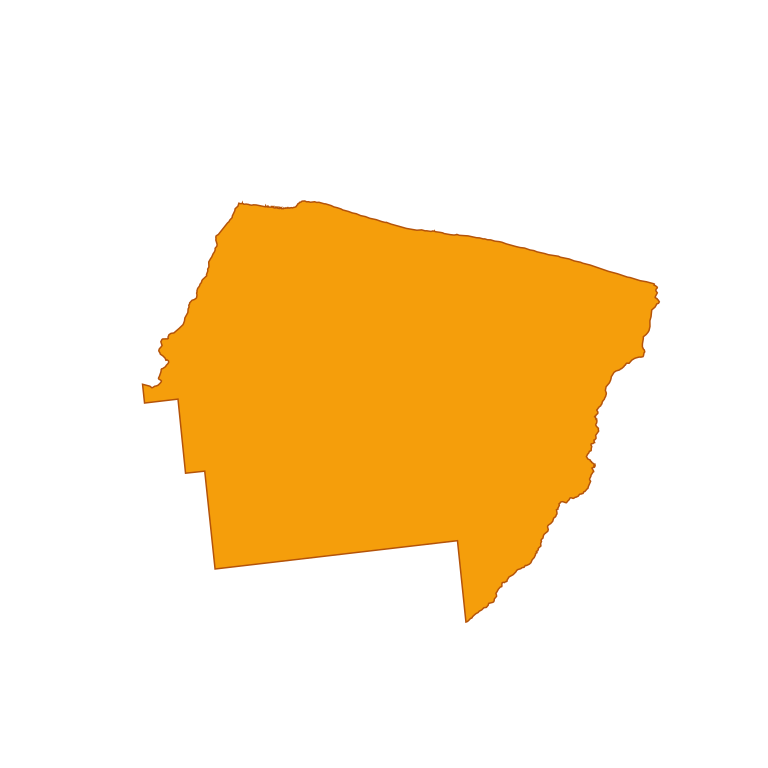 the district of General Alvarado, Buenos Aires, Argentina, rotated 220°
{"feature_id": "61730980B74641240637534", "entity_name": "General Alvarado", "entity_type": "district", "adm_level": 2, "iso_a3": "ARG", "parent_name": "Argentina", "parent_adm1": "Buenos Aires", "projection": "mercator", "projection_center": [-57.985, -38.201], "detail": "fine", "context": "isolated", "style": "filled", "palette": "amber", "viewbox_px": 768, "rotation_deg": 220, "n_neighbors": 0, "source": "geoboundaries", "source_scale": "gbopen_adm2", "svg_char_len": 6171}
<svg xmlns="http://www.w3.org/2000/svg" viewBox="0 0 768 768"><g transform="rotate(220 384 384)"><path d="M394.5,133.7L227.0,311.2L168.2,254.3L167.5,255.5L167.2,256.8L167.0,260.2L166.4,260.9L166.3,261.7L166.6,262.5L166.4,264.6L166.0,267.1L165.0,269.5L165.0,271.5L164.6,272.0L163.9,274.0L163.7,276.7L162.0,278.7L162.0,281.5L162.8,283.2L160.3,286.7L160.0,287.7L160.3,288.7L161.3,290.3L161.3,293.7L162.2,294.6L163.7,295.6L163.9,297.5L164.5,300.4L164.4,303.3L163.6,304.4L163.8,305.0L165.0,306.3L165.7,307.7L165.2,308.7L164.0,309.4L163.9,310.7L163.2,311.3L163.0,311.9L163.7,313.1L164.2,316.5L162.5,321.0L162.2,325.0L162.5,326.2L162.3,327.7L160.5,330.5L160.2,332.0L158.9,333.6L159.1,335.8L158.2,336.5L156.9,339.3L156.6,341.5L157.5,344.6L157.4,347.7L158.2,350.6L158.8,351.3L158.7,352.5L158.4,353.1L159.6,353.7L159.1,355.1L159.4,356.4L160.0,356.9L160.1,357.9L159.7,360.8L161.5,362.5L162.2,364.7L163.1,365.1L163.5,366.0L163.2,368.1L164.5,370.5L164.7,372.0L163.9,376.5L164.6,378.1L166.9,379.7L167.4,380.7L167.3,382.0L166.6,384.3L166.5,387.2L167.7,390.0L167.7,391.2L167.3,392.3L167.4,393.3L167.9,394.4L167.9,395.3L168.4,396.2L171.1,398.6L170.3,400.1L171.0,400.6L171.6,403.6L172.9,404.7L172.6,405.9L172.8,406.9L172.3,407.9L171.4,408.8L168.7,409.8L167.9,410.4L168.0,412.5L167.8,414.1L168.2,416.3L167.6,417.1L165.6,417.9L165.0,419.0L164.8,420.0L164.1,420.8L163.1,423.0L163.3,424.6L163.1,425.6L162.1,426.6L162.0,427.3L161.5,427.6L161.2,428.1L161.6,430.0L161.0,430.9L161.0,434.0L160.7,435.1L161.5,436.7L163.2,442.3L164.8,442.8L165.5,443.4L166.2,446.3L166.8,447.2L167.3,451.0L167.0,451.6L167.4,452.0L170.6,453.2L170.1,454.6L169.5,455.1L169.3,455.6L169.5,456.0L170.3,455.9L170.5,456.2L169.6,456.6L169.6,457.0L171.0,458.2L171.7,457.5L172.7,457.7L174.5,457.4L175.1,457.9L176.3,457.7L177.0,458.3L179.6,457.6L182.3,458.5L182.9,461.1L182.8,462.7L183.4,464.5L182.6,465.7L182.6,466.3L183.7,467.7L184.7,469.7L186.2,470.3L186.7,471.1L186.6,471.7L185.7,472.6L185.5,473.8L185.0,474.5L186.6,475.3L187.1,476.1L186.7,476.4L186.6,478.5L187.5,479.6L188.7,480.5L188.9,481.2L189.3,485.9L190.8,487.1L191.3,487.9L193.2,488.0L195.0,488.4L195.8,489.2L196.1,490.9L197.1,492.5L198.6,493.8L198.9,493.2L200.1,494.1L200.9,494.4L201.6,494.3L201.7,495.0L201.3,495.6L201.6,496.9L201.3,498.6L201.5,499.3L202.5,500.2L204.1,500.6L204.4,501.1L204.2,501.9L204.5,502.7L204.3,503.6L204.5,504.5L204.0,506.6L204.4,508.0L204.3,508.8L205.2,510.4L205.4,511.4L205.5,514.2L206.0,515.3L206.2,516.8L207.3,519.2L207.8,519.9L210.3,521.4L212.1,524.6L212.1,529.8L212.9,532.6L213.9,534.7L214.5,535.5L215.3,540.8L214.6,543.2L212.6,546.2L212.5,547.5L211.9,548.4L211.4,551.7L211.7,552.8L211.3,553.6L211.6,555.4L211.4,556.0L209.6,557.4L209.5,561.6L208.7,564.1L208.1,565.4L205.9,568.6L204.4,569.8L203.2,571.4L203.4,572.4L204.8,574.9L204.9,576.2L206.5,577.4L207.5,577.4L210.0,578.6L211.8,580.8L214.5,585.4L215.7,586.9L215.0,590.4L215.0,593.2L215.3,595.2L217.2,599.0L221.0,603.4L222.7,607.2L226.5,612.8L225.8,617.2L226.5,620.8L225.6,622.3L225.9,623.9L228.0,624.6L229.1,624.5L229.6,624.9L231.8,624.5L232.4,625.6L233.2,629.5L235.7,630.2L236.5,631.4L236.4,633.0L236.8,633.8L239.1,633.8L240.6,633.3L241.1,634.3L241.8,634.2L248.7,631.0L254.2,627.8L263.8,623.8L266.1,622.4L276.1,618.5L284.4,614.6L302.4,607.7L309.4,604.3L311.7,603.6L317.3,600.6L322.5,598.8L330.4,594.5L332.5,594.0L341.2,588.7L344.6,587.3L351.7,583.6L355.0,582.5L358.4,580.5L363.7,578.5L367.5,576.0L371.1,574.2L380.5,569.9L384.8,568.4L387.3,567.1L390.9,564.7L394.9,563.0L397.5,561.0L400.0,560.0L401.3,558.9L404.6,557.4L407.2,555.5L414.8,551.5L421.9,546.3L424.4,545.4L424.5,544.9L426.1,543.1L429.1,541.1L434.8,537.8L436.0,537.6L437.9,536.6L442.2,533.9L443.6,533.4L443.9,533.6L443.9,533.2L445.3,532.3L445.5,531.7L446.3,530.9L449.8,528.8L450.9,527.8L454.2,526.3L457.7,522.9L466.8,517.6L481.4,511.0L486.2,509.3L486.8,508.6L490.1,507.0L495.6,504.9L501.4,501.8L505.8,500.3L510.1,498.0L514.7,496.6L518.2,494.7L522.2,493.3L527.5,490.8L529.3,490.5L533.1,489.0L536.1,487.5L539.2,486.7L544.4,484.5L545.7,483.6L550.6,481.4L552.3,479.8L554.3,479.0L557.2,475.9L558.9,475.2L560.4,473.8L562.3,473.3L564.1,471.6L564.5,470.9L564.6,469.8L565.4,468.9L565.2,468.5L565.8,466.6L565.5,465.8L565.6,464.3L565.3,463.5L566.1,461.8L566.6,461.4L567.3,460.1L568.4,459.5L569.6,457.9L570.2,457.9L570.2,457.5L570.8,456.9L571.2,457.0L571.2,456.7L572.0,455.8L572.4,455.9L572.6,455.1L573.8,454.4L573.6,454.2L573.6,453.8L575.1,452.5L576.2,452.3L576.5,452.5L576.4,452.9L577.3,452.1L576.7,451.6L576.9,451.2L578.7,450.2L579.4,450.5L579.2,451.1L580.4,450.2L580.0,450.2L579.9,449.6L580.8,448.6L582.5,447.9L583.2,448.1L583.1,448.6L584.1,447.8L583.7,447.6L583.9,447.1L585.8,445.6L587.0,445.6L587.7,446.1L587.0,444.8L588.4,444.1L589.2,444.5L588.8,443.5L589.1,443.3L597.0,439.0L599.1,437.4L600.4,435.8L602.4,434.7L603.0,434.6L605.3,433.2L606.9,431.6L607.7,431.6L608.6,431.2L608.8,431.4L608.7,431.0L609.7,430.0L611.4,429.2L610.2,426.4L610.7,422.6L609.6,420.7L608.2,415.2L607.3,413.9L607.5,410.7L607.1,408.6L607.4,406.8L607.0,392.1L607.8,389.6L607.3,388.5L605.9,387.1L605.4,386.2L601.6,383.7L600.6,382.1L600.6,379.4L599.4,378.0L598.7,375.7L598.7,374.3L597.5,370.2L597.5,369.0L596.7,364.8L593.7,361.5L593.2,360.6L593.1,359.3L592.7,358.4L591.6,357.3L590.3,353.7L589.4,352.9L590.1,347.2L589.9,346.0L589.1,344.3L589.1,342.4L588.3,340.3L588.2,337.5L587.1,335.0L586.4,334.4L586.0,333.2L584.5,332.0L583.2,329.9L583.0,329.1L583.6,326.8L584.9,324.7L585.0,321.2L584.4,320.4L584.2,318.9L582.8,317.6L582.3,315.6L580.2,312.7L579.0,306.6L577.3,303.9L576.1,300.4L576.7,294.7L577.8,288.0L579.7,285.9L580.4,283.6L579.6,281.1L578.6,280.3L578.8,279.5L582.5,276.2L582.7,275.4L582.1,272.9L578.8,270.9L578.6,269.7L578.7,266.5L578.1,265.0L577.6,264.5L575.4,263.7L574.5,263.1L571.4,263.4L568.3,263.1L566.3,262.0L565.9,262.4L565.9,263.0L564.1,263.2L563.0,262.4L562.6,260.9L562.8,258.3L562.5,256.9L563.4,253.7L564.1,252.6L564.0,251.9L563.1,250.7L562.3,249.0L560.9,245.2L560.7,244.0L560.2,243.2L559.3,243.0L557.7,243.4L556.5,243.3L556.1,242.6L556.0,240.6L556.3,237.9L557.2,236.1L558.2,234.9L558.9,232.6L559.4,231.9L562.0,231.8L568.8,228.6L555.2,215.5L532.1,240.0L478.7,188.1L465.3,202.0L394.5,133.7Z" fill="#f59e0b" stroke="#b45309" stroke-width="1.5"/></g></svg>